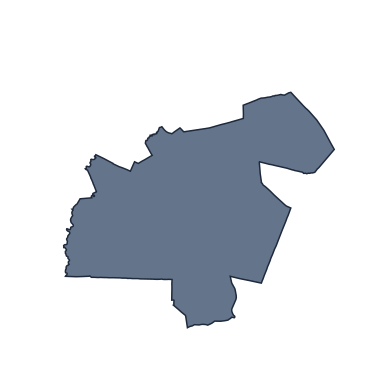 Traian Vuia, Timis, Romania, rotated 299°
{"feature_id": "2599482B91559733005847", "entity_name": "Traian Vuia", "entity_type": "district", "adm_level": 2, "iso_a3": "ROU", "parent_name": "Romania", "parent_adm1": "Timis", "projection": "orthographic", "projection_center": [22.019, 45.79], "detail": "fine", "context": "isolated", "style": "filled", "palette": "slate", "viewbox_px": 384, "rotation_deg": 299, "n_neighbors": 0, "source": "geoboundaries", "source_scale": "gbopen_adm2", "svg_char_len": 5801}
<svg xmlns="http://www.w3.org/2000/svg" viewBox="0 0 384 384"><g transform="rotate(299 192 192)"><path d="M145.9,296.8L146.4,296.8L147.9,296.5L150.1,296.3L154.4,295.6L160.3,294.9L163.3,294.3L165.7,294.1L170.5,293.5L171.4,293.2L173.1,293.0L176.3,292.7L182.0,291.9L185.7,291.7L191.9,290.8L202.1,289.4L212.1,288.2L215.7,287.6L218.3,287.4L225.9,286.2L225.5,281.8L225.5,281.0L225.9,278.9L229.2,265.2L230.7,260.1L232.2,253.7L232.6,250.7L233.6,249.2L233.9,248.0L234.2,248.0L234.6,247.7L241.6,242.4L242.3,242.0L248.6,237.8L250.3,236.6L251.1,236.4L252.8,242.6L253.7,246.2L254.4,248.1L254.8,249.4L255.2,251.0L258.9,263.7L259.1,264.8L259.8,268.2L260.2,269.8L260.4,270.0L260.5,271.2L261.7,274.9L261.9,275.8L262.8,278.8L262.8,279.4L262.8,279.8L262.6,280.0L262.4,280.5L262.5,280.8L263.2,281.8L263.5,282.3L263.5,283.2L264.0,283.9L264.9,284.7L265.1,285.2L265.3,285.7L267.0,287.7L267.0,288.0L267.6,288.7L268.7,289.8L269.4,290.0L272.6,290.4L274.7,291.1L298.2,295.8L301.6,290.3L308.8,279.1L310.0,277.2L315.5,266.1L319.5,254.8L320.2,252.0L320.4,250.9L321.5,247.2L327.1,230.1L325.6,228.5L321.5,225.9L320.2,222.4L320.3,222.3L318.4,220.3L317.6,219.3L316.8,218.0L316.6,217.8L316.1,217.7L315.2,216.2L314.0,215.3L312.9,214.1L311.4,212.0L309.5,209.8L307.9,207.4L307.6,206.9L304.9,204.6L304.3,204.3L292.7,194.7L284.9,199.3L281.2,201.2L268.9,188.9L265.5,185.2L256.6,176.3L254.6,173.8L240.7,155.7L240.7,155.4L242.2,150.6L242.2,150.4L236.4,147.6L234.9,146.9L234.0,146.6L233.2,146.1L233.2,145.9L232.4,142.9L232.3,141.9L232.3,140.3L232.4,139.8L232.9,137.7L234.5,134.0L233.4,133.2L232.8,132.5L232.5,132.3L232.3,132.3L228.7,132.9L228.1,132.5L226.7,132.7L226.7,132.2L226.3,132.3L225.9,132.7L224.9,131.8L224.6,131.4L224.4,130.8L224.1,130.6L223.8,130.2L223.6,130.2L223.5,130.4L223.4,130.2L223.3,129.8L223.1,129.6L222.9,129.4L222.6,129.4L222.0,129.8L221.8,129.8L222.1,129.2L222.1,128.9L221.7,128.4L221.6,128.9L220.9,128.8L220.9,128.7L221.0,128.2L220.8,128.0L220.2,128.2L219.4,128.0L219.1,127.8L218.5,128.1L217.9,127.4L217.3,127.3L216.4,127.8L216.1,127.7L215.9,127.8L215.6,127.7L215.3,127.7L215.1,127.6L215.0,127.1L214.8,126.8L214.1,126.8L213.2,127.2L212.4,127.4L211.8,127.8L211.5,128.4L211.1,129.1L210.0,130.7L209.5,131.7L208.0,134.0L205.7,137.7L205.7,137.8L205.3,138.4L204.8,139.4L197.0,134.8L195.0,133.5L190.9,131.1L190.6,127.1L180.3,128.0L180.0,124.1L179.4,119.3L178.8,115.9L178.4,109.3L178.7,109.1L178.5,98.7L178.0,89.8L177.2,89.8L176.1,90.0L176.1,89.8L176.2,89.7L176.1,89.4L175.8,89.5L175.5,89.9L175.6,90.7L175.6,91.0L175.3,91.3L174.1,90.9L173.5,90.9L173.0,90.6L172.3,89.5L172.2,89.3L172.0,88.4L171.8,88.0L171.6,87.9L171.3,87.8L170.9,87.9L170.3,88.5L169.9,88.6L169.6,88.7L168.5,88.5L167.8,88.9L167.6,89.2L167.6,89.5L167.2,89.9L166.6,90.3L164.8,90.3L164.4,90.2L164.1,89.7L163.9,89.1L163.7,88.0L163.5,87.5L163.2,87.2L162.9,87.2L162.5,87.4L162.1,87.8L161.4,88.1L160.9,87.9L160.8,87.6L160.6,87.4L160.4,87.8L160.3,88.4L160.4,89.2L160.3,89.7L160.5,90.0L159.8,90.9L156.1,95.9L154.9,97.0L154.4,97.9L152.2,100.7L151.1,101.8L150.7,102.5L145.9,108.3L145.4,108.1L145.0,107.6L144.5,107.4L143.1,106.3L142.6,106.1L141.9,106.2L141.6,106.4L141.5,107.1L141.6,107.7L141.6,108.2L141.4,108.5L141.1,108.7L140.7,108.6L140.5,108.4L140.7,107.2L140.7,106.7L140.4,106.3L140.2,106.2L139.8,106.0L139.4,106.1L139.0,106.3L138.4,107.1L137.2,105.5L131.8,97.4L130.4,97.4L125.8,97.3L124.7,96.7L121.4,95.8L120.8,95.8L120.1,96.1L119.7,96.2L119.3,96.0L118.8,95.4L118.7,95.8L118.4,96.7L117.1,96.6L116.2,96.8L115.8,96.9L115.4,97.1L114.6,97.8L113.6,99.0L113.2,99.1L111.8,98.9L110.4,98.9L109.5,99.0L108.5,99.4L108.1,99.9L107.7,100.1L107.2,100.7L107.0,100.8L106.7,101.1L106.0,103.3L105.4,104.2L104.7,104.7L104.1,104.5L103.6,104.2L102.9,103.4L102.2,103.1L100.8,103.7L100.4,103.7L100.0,103.6L99.9,103.4L99.6,102.6L99.3,100.5L99.1,100.3L98.8,100.4L98.4,100.5L98.1,100.8L97.8,101.3L97.6,102.2L97.6,102.6L97.7,103.3L97.7,103.9L97.4,104.5L97.1,104.9L96.7,105.1L96.2,105.2L93.7,104.7L93.1,104.8L92.5,105.1L91.9,105.2L90.5,105.1L90.1,105.1L89.8,105.3L89.3,105.8L88.8,106.6L88.5,106.9L86.3,107.8L85.8,107.9L85.2,107.6L84.9,107.3L84.3,106.3L83.8,106.0L83.1,105.7L82.7,105.8L81.9,106.5L81.2,106.8L81.2,107.0L81.7,107.5L81.6,108.2L80.9,109.7L80.6,110.2L80.3,110.3L79.7,110.4L78.9,110.0L78.5,110.1L76.9,111.1L76.7,111.7L75.3,113.0L75.1,113.4L75.3,114.4L75.3,114.7L75.0,115.0L73.9,115.7L73.7,116.0L73.5,116.9L73.1,117.7L72.8,117.9L72.7,118.0L72.3,117.9L71.8,117.9L71.2,117.7L70.5,117.9L69.5,118.7L69.2,119.5L68.2,119.3L67.6,118.7L66.9,118.4L66.2,118.2L65.4,118.3L64.5,118.7L64.0,119.2L62.9,119.1L61.8,119.5L60.9,119.9L60.6,120.1L60.1,120.7L60.2,120.9L60.4,121.6L60.4,121.8L60.2,122.3L59.9,122.5L59.0,122.7L57.7,122.2L56.9,122.2L61.7,131.7L64.8,136.9L65.4,138.0L65.6,138.2L66.2,139.2L68.1,142.3L68.7,143.1L69.0,143.3L68.8,144.4L68.6,145.4L69.8,147.5L71.8,151.6L72.9,153.3L74.5,156.5L75.4,158.1L77.1,161.6L78.6,164.2L82.1,170.9L82.9,172.8L84.8,176.2L85.0,176.8L85.0,177.2L85.5,178.0L85.8,178.7L86.2,179.2L87.6,182.3L90.0,186.6L91.0,189.0L96.8,200.0L98.0,202.5L99.8,205.7L100.6,206.9L101.1,207.6L101.5,208.9L101.9,209.8L103.2,212.2L104.4,214.1L105.8,217.0L101.7,219.0L99.9,220.1L97.0,221.7L87.6,226.7L88.6,228.3L88.6,228.6L88.4,228.9L86.3,229.8L84.2,231.1L84.1,230.8L84.0,230.7L82.7,237.1L81.9,240.5L80.9,246.0L80.3,246.7L78.9,247.8L71.1,253.8L73.2,255.2L75.2,257.3L77.1,258.4L79.2,262.7L80.7,264.4L81.5,265.6L82.8,268.4L83.2,270.3L85.3,271.9L86.9,273.0L90.1,274.5L92.8,279.6L95.1,282.8L96.9,285.0L97.6,285.7L99.1,286.3L99.4,286.6L100.4,287.1L101.7,287.4L102.3,289.2L102.5,289.8L102.6,290.0L103.2,290.1L103.7,289.9L104.1,289.5L104.3,288.3L104.5,287.9L105.0,287.0L105.5,286.3L106.9,284.7L108.1,283.9L109.2,283.5L119.4,282.5L121.2,281.9L123.1,280.7L127.2,277.3L128.3,276.2L131.6,270.9L136.8,266.3L139.4,275.8L142.4,285.2L145.9,296.8Z" fill="#64748b" stroke="#1e293b" stroke-width="1.5"/></g></svg>